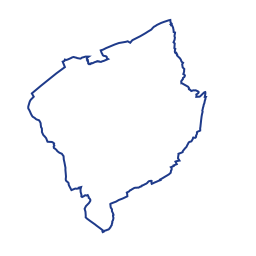 Priboieni, Arges, Romania, rotated 338°
{"feature_id": "2599482B44265278220237", "entity_name": "Priboieni", "entity_type": "district", "adm_level": 2, "iso_a3": "ROU", "parent_name": "Romania", "parent_adm1": "Arges", "projection": "orthographic", "projection_center": [25.081, 44.876], "detail": "fine", "context": "isolated", "style": "outline", "palette": "blue", "viewbox_px": 256, "rotation_deg": 338, "n_neighbors": 0, "source": "geoboundaries", "source_scale": "gbopen_adm2", "svg_char_len": 5675}
<svg xmlns="http://www.w3.org/2000/svg" viewBox="0 0 256 256"><g transform="rotate(338 128 128)"><path d="M192.9,157.5L193.9,157.4L193.9,157.2L194.3,156.7L194.8,155.3L195.6,154.0L196.5,152.3L197.2,151.0L198.0,149.5L198.8,148.0L199.7,146.4L200.6,144.8L201.6,143.2L202.6,141.8L203.3,140.8L203.4,139.7L204.2,138.7L205.1,137.3L206.1,136.1L206.9,134.8L208.0,133.7L208.8,132.5L209.5,131.4L210.4,130.4L211.2,129.0L211.9,128.4L211.7,128.3L210.8,127.9L211.9,126.3L212.8,124.7L213.1,123.8L213.1,123.6L212.2,123.5L211.6,123.7L211.3,123.8L211.0,123.9L207.4,125.4L206.2,125.8L204.8,125.3L203.0,124.7L203.7,123.5L203.9,122.5L204.6,122.4L206.2,122.0L207.0,121.2L206.7,120.4L206.2,119.8L205.5,119.1L205.0,118.5L203.7,118.0L202.5,117.5L201.3,117.5L200.5,117.4L200.3,116.6L199.8,115.7L199.5,115.6L199.0,114.8L199.2,114.1L199.5,113.9L199.2,112.3L194.5,106.4L194.3,106.4L194.5,105.7L194.7,104.9L195.2,104.3L195.9,104.0L196.3,103.6L197.1,103.4L197.4,102.7L197.7,102.2L198.6,102.0L199.2,101.9L199.9,101.3L200.4,100.7L200.3,100.3L200.3,99.7L199.8,99.1L199.5,98.7L200.3,97.8L201.1,96.8L201.8,95.2L202.3,94.4L201.4,92.3L202.1,89.2L203.5,88.2L202.6,86.8L202.5,85.7L202.6,84.6L202.3,82.9L200.7,79.3L200.7,78.5L201.1,78.3L200.9,76.3L200.7,76.3L200.1,76.3L199.9,75.6L200.1,74.5L200.5,73.9L200.8,73.0L201.5,72.4L200.9,71.3L203.0,67.1L202.3,65.6L204.2,63.7L205.4,61.7L205.4,60.6L205.8,59.6L206.8,58.2L207.4,57.1L206.3,56.2L207.1,53.6L207.1,53.0L207.4,51.9L207.3,49.6L206.6,49.1L207.1,48.7L206.4,47.8L207.5,47.4L207.0,46.1L207.7,43.7L206.1,43.4L202.7,43.2L201.3,43.1L198.3,43.0L197.9,43.0L194.7,43.2L193.3,43.3L192.9,43.4L191.6,43.7L190.2,43.8L188.8,44.3L186.4,45.5L182.5,46.1L179.9,46.6L177.2,47.0L173.6,47.5L171.1,47.7L165.2,48.2L164.5,48.4L162.0,49.8L160.2,47.5L158.3,47.3L151.4,45.8L146.9,45.6L139.7,45.7L137.8,45.7L134.2,46.0L131.8,45.8L131.7,48.5L131.9,49.7L131.9,51.1L132.5,52.0L133.4,52.5L134.4,53.2L134.7,53.6L134.9,54.2L134.6,54.9L134.7,55.5L135.0,56.0L135.4,56.6L130.6,56.7L129.7,56.6L129.2,56.5L127.8,56.6L126.8,56.1L125.7,55.4L125.8,55.2L124.6,54.5L124.3,54.8L122.5,54.5L121.2,54.5L120.4,54.6L119.3,54.6L117.9,54.5L118.0,54.2L116.6,54.1L116.5,54.5L115.7,54.2L115.5,53.9L115.3,53.3L115.3,52.9L115.4,52.6L115.8,52.0L115.9,51.4L115.5,50.5L116.1,50.4L116.3,50.0L115.7,48.8L115.7,48.3L116.1,47.9L117.4,47.3L118.3,47.1L115.4,45.9L113.2,45.7L111.7,45.5L110.9,45.7L110.1,45.9L109.4,45.6L107.0,44.1L106.6,43.6L105.2,42.6L104.2,41.8L102.8,41.6L101.1,41.8L97.7,41.9L96.3,41.8L95.1,40.9L94.7,41.4L94.2,42.0L92.3,42.0L92.3,47.9L82.1,50.5L63.2,56.2L51.8,59.9L52.3,63.7L48.4,65.4L47.1,66.4L46.2,67.4L43.6,70.7L43.2,71.6L42.9,72.4L42.9,72.8L43.0,73.3L43.2,74.7L43.3,76.5L43.3,78.0L43.4,79.3L43.4,79.5L43.5,80.0L43.6,80.9L43.8,81.7L43.9,81.9L44.2,82.3L45.1,83.5L45.4,84.0L45.9,85.1L46.4,85.8L48.3,87.4L48.5,87.7L48.6,88.9L48.7,89.2L48.8,90.3L48.7,91.2L48.3,92.3L47.7,94.8L47.9,95.4L47.9,96.4L47.8,96.5L47.3,98.1L46.7,99.4L46.8,102.3L47.0,103.3L47.5,104.3L48.3,106.8L48.2,110.5L48.4,110.7L51.9,112.3L52.7,112.9L53.7,114.6L53.1,115.2L53.1,116.8L52.2,117.2L51.8,118.7L52.8,120.2L53.5,121.7L53.8,123.0L55.1,125.2L57.0,127.1L57.2,128.0L57.7,130.0L56.7,133.0L56.2,136.0L55.1,141.5L54.3,143.3L53.0,147.6L52.3,149.8L51.8,150.8L51.3,151.7L50.9,152.7L50.8,153.4L51.1,154.3L52.2,156.3L52.2,157.1L51.8,158.2L51.8,159.5L52.3,164.4L54.8,164.4L54.6,164.4L55.8,164.4L56.4,164.4L56.8,164.6L57.7,165.1L60.0,165.6L60.1,164.9L62.4,165.2L61.2,166.7L60.9,167.3L60.1,169.6L59.8,172.6L59.1,174.0L59.6,174.8L61.4,174.7L62.8,174.3L63.5,174.5L64.2,175.1L65.5,175.1L65.7,177.2L65.4,178.0L66.0,179.1L66.2,180.3L65.8,181.4L63.8,182.9L59.7,184.7L57.5,186.7L57.2,189.7L56.0,193.4L55.3,195.0L56.0,196.6L58.2,200.2L61.4,205.2L62.1,206.5L64.5,210.4L66.1,213.1L65.9,213.2L65.8,213.8L65.5,214.4L65.6,215.1L67.0,215.0L67.6,214.7L67.9,214.5L69.0,214.6L69.4,214.7L70.2,214.7L70.7,214.6L71.2,214.7L71.9,214.8L73.0,214.4L73.6,213.9L74.3,213.7L74.8,213.2L75.6,212.5L76.4,212.1L76.7,211.6L77.2,210.8L77.5,210.4L78.0,210.0L78.1,209.3L78.5,208.7L79.5,207.9L80.1,207.0L80.4,206.7L80.9,205.7L80.9,204.9L81.2,203.9L81.4,203.3L82.0,203.2L82.1,202.7L82.1,202.1L82.1,200.7L82.0,199.9L82.0,198.8L82.3,198.3L82.6,197.7L82.5,196.8L82.6,196.6L82.2,195.6L82.4,194.3L82.7,193.6L82.8,192.9L82.9,192.4L83.3,191.7L86.6,191.7L89.1,191.8L89.9,191.7L92.5,191.3L96.5,191.4L101.8,191.1L102.6,188.7L102.7,187.4L103.9,187.3L105.2,187.2L105.5,187.1L105.9,186.9L106.3,186.7L106.8,186.5L107.0,186.5L107.3,186.6L107.6,186.6L108.6,186.3L109.2,186.3L110.7,186.0L111.8,186.0L112.3,186.1L113.6,186.6L114.2,186.7L115.2,187.2L116.1,187.2L116.7,187.0L117.2,187.1L117.7,186.9L118.1,187.1L118.8,187.1L119.3,186.6L121.0,186.7L122.3,186.5L123.6,186.5L125.1,186.2L126.7,185.4L127.3,185.2L127.6,185.2L128.8,185.4L129.6,185.6L129.8,185.7L130.0,185.8L130.1,186.0L129.6,186.6L129.3,187.4L129.1,188.0L129.1,188.7L129.3,188.7L130.7,188.6L132.3,188.5L132.9,188.5L134.4,188.5L136.6,188.4L138.6,188.5L138.5,187.8L140.4,187.6L142.3,187.3L143.5,187.1L146.2,186.7L146.8,186.6L148.6,186.3L150.8,185.5L152.0,183.5L152.6,183.2L152.9,182.8L153.4,181.6L153.3,180.9L153.2,180.7L153.1,180.4L156.1,180.4L156.2,179.8L159.7,179.8L159.4,176.9L160.3,176.9L161.4,177.1L163.5,177.5L163.0,174.8L164.1,172.8L164.9,171.6L164.9,171.3L165.0,171.1L165.1,170.8L166.3,170.8L167.1,170.9L168.4,170.9L168.8,170.9L169.5,170.8L169.5,170.7L170.4,169.8L170.6,169.7L172.2,168.8L173.5,168.1L175.0,167.5L177.1,165.6L177.7,165.2L178.2,164.7L178.8,164.2L179.0,164.1L179.9,163.9L180.8,164.1L181.8,164.1L183.1,163.1L184.0,162.4L184.8,161.3L185.3,161.4L186.2,162.1L186.7,162.3L187.3,162.1L187.9,161.6L188.2,160.6L189.6,159.4L189.9,158.9L190.2,158.1L190.3,157.8L190.8,157.5L192.9,157.5Z" fill="none" stroke="#1e3a8a" stroke-width="2"/></g></svg>